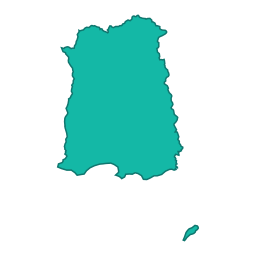 the district of Ponce, Puerto Rico
{"feature_id": "32010507B29369551718499", "entity_name": "Ponce", "entity_type": "district", "adm_level": 2, "iso_a3": "PRI", "parent_name": "Puerto Rico", "parent_adm1": "", "projection": "orthographic", "projection_center": [-66.606, 18.028], "detail": "fine", "context": "isolated", "style": "filled", "palette": "teal", "viewbox_px": 256, "rotation_deg": 0, "n_neighbors": 0, "source": "geoboundaries", "source_scale": "gbopen_adm2", "svg_char_len": 3851}
<svg xmlns="http://www.w3.org/2000/svg" viewBox="0 0 256 256"><path d="M79.0,30.4L79.0,32.0L77.3,34.5L77.7,35.9L78.0,36.7L76.9,40.4L76.3,41.2L75.9,43.8L74.5,46.0L74.2,48.2L72.3,48.2L71.1,48.6L68.6,47.0L67.2,46.8L64.7,47.6L64.0,48.5L61.5,47.8L63.0,51.6L65.5,52.7L65.7,53.9L68.6,57.1L68.7,59.3L68.3,60.0L68.5,62.2L70.7,65.8L72.5,68.1L72.8,70.4L73.3,71.7L72.5,73.3L72.4,75.8L74.3,78.9L73.3,80.4L73.1,83.5L72.1,84.5L71.8,85.6L72.4,86.3L71.6,89.5L71.4,91.3L72.4,93.1L72.2,94.2L71.3,95.4L70.2,97.9L68.6,98.9L68.7,100.1L68.1,103.7L67.1,106.6L66.1,108.3L67.8,112.7L67.6,113.6L67.5,114.1L65.6,116.6L64.9,118.2L64.6,121.5L64.9,124.6L65.2,126.0L65.0,126.3L64.9,126.3L65.2,128.0L66.7,133.1L67.2,136.5L67.1,137.1L65.8,139.2L66.1,142.1L65.1,143.9L64.4,146.7L64.9,147.8L64.8,149.1L66.1,150.8L65.4,152.0L65.8,152.8L65.2,153.7L65.0,153.8L64.9,154.0L65.0,154.3L65.9,154.9L66.5,155.1L66.9,156.3L65.3,158.7L63.0,159.9L63.1,161.3L62.1,162.6L58.5,163.9L57.7,167.0L61.9,168.7L62.0,168.7L66.7,170.1L68.1,170.1L70.1,170.1L71.3,170.1L74.4,172.3L74.7,172.4L77.1,175.2L81.7,174.4L83.2,174.2L84.2,174.0L84.6,173.4L85.3,172.4L86.0,171.4L86.5,170.7L90.0,167.8L94.4,165.7L99.7,164.1L103.1,163.8L104.4,163.6L106.2,163.4L109.6,163.2L110.8,163.1L113.5,164.2L114.5,164.7L117.9,167.0L118.5,170.3L118.6,170.7L118.6,172.4L118.3,172.6L115.6,175.1L116.0,175.2L118.6,176.2L119.0,176.4L119.6,176.7L120.8,177.7L121.7,178.6L124.2,177.2L124.6,177.0L125.7,174.4L125.8,174.2L126.2,174.2L129.5,174.0L130.9,174.1L131.4,174.1L132.3,174.2L133.1,173.8L135.1,172.8L138.0,173.5L139.1,174.2L141.5,175.6L143.4,179.3L146.8,179.5L149.9,178.1L150.7,177.7L154.0,175.8L157.2,175.8L161.8,174.4L162.2,174.0L165.5,171.2L169.4,169.4L171.8,169.2L174.1,170.1L175.7,169.6L175.9,169.5L175.2,169.0L176.3,167.7L177.4,167.9L177.4,167.2L175.9,166.3L175.9,164.3L176.9,163.9L176.1,162.4L176.5,160.7L175.4,159.9L175.8,158.8L175.2,157.5L174.5,157.1L174.5,156.2L175.7,154.3L178.9,155.2L178.9,154.3L178.3,152.7L178.9,152.2L178.3,151.5L180.1,151.4L181.4,150.7L181.2,149.8L182.6,148.6L182.8,147.2L181.0,146.2L180.7,145.1L179.3,143.2L179.3,141.2L177.8,139.4L178.8,136.8L177.4,132.6L176.9,131.9L176.3,131.9L175.2,131.9L176.5,129.7L174.0,125.1L174.0,124.0L176.0,121.8L177.2,119.8L177.4,118.6L177.7,117.4L177.4,117.0L174.3,114.4L173.5,110.2L172.7,109.3L171.5,108.8L171.1,107.7L172.9,104.6L172.6,103.0L171.2,100.8L171.1,98.2L171.8,96.0L171.3,94.8L169.2,92.7L168.1,90.3L167.9,89.2L168.4,88.2L167.3,85.8L164.3,83.7L164.4,82.1L165.7,81.0L165.6,79.2L166.5,77.5L168.4,76.3L169.0,75.0L168.6,72.9L167.8,71.4L167.6,70.0L166.3,68.9L165.1,67.4L164.9,65.5L164.4,64.8L164.8,63.6L164.5,61.4L164.5,61.0L164.1,59.4L162.4,59.9L161.6,59.6L159.7,59.7L159.1,57.7L159.7,56.8L159.3,53.7L157.5,52.1L156.9,48.5L157.9,47.9L158.8,46.7L158.8,42.7L157.5,41.7L157.5,40.9L158.4,37.9L159.3,36.9L162.1,35.7L165.1,34.0L166.3,32.9L166.7,32.0L166.2,31.0L165.2,30.3L162.5,30.1L161.0,29.6L159.8,28.7L159.8,26.6L157.5,25.8L155.9,25.7L154.9,23.1L152.9,21.9L151.9,21.8L151.7,20.1L149.9,18.4L147.7,18.5L146.0,19.1L145.6,18.6L142.6,18.3L139.6,17.3L138.4,15.4L137.4,15.4L137.2,15.5L136.2,16.5L135.0,16.6L134.0,16.0L133.0,16.2L132.1,17.1L131.9,19.1L130.1,20.7L128.0,20.0L125.4,21.6L124.6,23.3L122.7,24.0L121.7,25.6L119.8,25.7L118.5,26.5L115.6,26.5L113.4,27.6L112.1,27.2L111.1,26.0L109.9,25.9L108.7,28.1L108.6,28.9L107.4,30.0L108.1,30.6L108.2,32.3L107.7,32.8L105.5,31.7L104.1,31.3L102.4,30.1L102.3,29.2L100.9,28.7L100.1,29.4L99.3,27.4L97.0,26.9L94.6,25.7L93.7,26.0L91.8,25.5L90.8,25.9L89.2,27.5L86.5,27.3L84.6,28.4L83.6,29.8L79.7,30.9L79.0,30.4ZM183.2,240.1L183.4,240.2L184.5,240.6L185.5,239.5L186.8,237.6L188.9,235.7L190.5,234.4L191.8,234.2L193.7,233.5L195.1,232.3L195.7,230.7L197.4,229.5L198.3,228.1L198.1,227.1L197.4,226.0L195.0,225.4L191.9,227.8L191.6,227.9L189.2,228.8L187.6,230.4L186.1,232.5L184.4,237.4L183.2,240.1Z" fill="#14b8a6" stroke="#0f766e" stroke-width="1.5"/></svg>